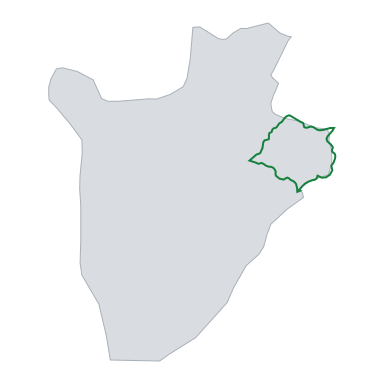 Cankuzo on a map of Burundi (Albers equal-area conic projection)
{"feature_id": "BDI-2632", "entity_name": "Cankuzo", "entity_type": "Province", "adm_level": 1, "iso_a3": "BDI", "parent_name": "Burundi", "parent_adm1": "", "projection": "albers", "projection_center": [30.587, -3.141], "detail": "fine", "context": "in_parent", "style": "outline", "palette": "green", "viewbox_px": 384, "rotation_deg": 0, "n_neighbors": 0, "source": "natural_earth", "source_scale": "10m", "svg_char_len": 2319}
<svg xmlns="http://www.w3.org/2000/svg" viewBox="0 0 384 384"><path d="M291.2,36.8L288.0,40.9L273.6,70.4L270.8,74.9L272.4,77.6L278.5,83.2L274.9,92.5L273.5,94.9L270.8,103.6L272.2,111.6L275.7,114.5L285.1,118.4L299.1,121.2L315.7,127.8L326.9,129.0L329.5,133.8L328.9,142.3L331.7,149.7L331.8,163.0L328.4,174.7L311.3,180.1L302.6,186.1L300.2,189.1L302.3,192.6L303.5,197.4L287.4,209.0L270.9,224.2L267.0,234.5L263.7,246.6L258.9,254.3L246.3,265.5L233.5,287.9L227.2,302.5L195.8,337.5L167.9,355.0L159.7,361.0L110.3,360.0L106.5,336.4L98.9,304.2L81.9,275.1L80.1,263.0L80.8,239.5L80.8,206.5L79.7,188.8L80.0,175.9L82.2,153.4L81.9,139.9L70.6,124.5L56.7,108.0L49.1,99.9L48.7,93.4L48.7,87.4L51.0,78.7L56.4,68.9L62.5,67.8L77.6,71.6L93.2,79.9L101.6,98.6L107.9,101.3L119.5,101.2L149.1,98.8L156.4,99.1L169.9,94.6L183.2,86.7L187.0,78.5L190.1,60.2L192.9,27.3L199.7,26.9L218.4,38.6L222.4,39.4L226.4,39.0L232.8,33.2L240.8,28.4L246.6,28.5L268.3,23.0L279.9,33.0L287.3,36.1L291.2,36.8Z" fill="#d9dde1" stroke="#a8b0b8" stroke-width="1"/><path d="M280.9,122.4L280.9,122.5L281.7,122.1L284.8,117.8L286.6,116.3L288.8,115.4L290.1,115.6L300.4,121.8L302.4,122.7L303.1,123.1L303.5,124.1L304.0,126.6L304.4,127.3L306.5,127.8L308.1,127.4L309.7,126.8L311.6,126.6L313.6,127.3L317.2,129.7L319.3,130.3L322.9,130.0L330.3,128.0L334.0,128.0L332.9,129.9L332.5,130.7L327.6,136.3L326.5,138.8L327.3,141.2L331.2,144.8L332.7,147.0L332.8,147.8L332.0,149.9L331.9,150.8L332.4,152.0L334.5,153.5L335.1,154.6L335.3,156.6L335.0,158.6L333.7,162.4L331.4,165.6L331.5,166.7L332.2,169.5L332.3,170.4L329.9,174.7L326.1,177.3L321.8,177.7L317.6,175.7L317.1,177.5L316.1,179.0L314.6,179.8L312.6,180.1L308.3,181.7L304.8,183.8L301.9,186.6L299.0,190.1L300.1,190.7L297.3,191.8L297.1,188.2L296.1,184.1L294.9,182.4L293.2,181.1L291.6,180.4L290.1,179.5L288.9,178.3L287.3,177.6L285.4,178.5L283.7,179.6L279.4,178.6L275.9,175.7L275.5,173.6L275.7,171.4L274.7,169.5L273.3,167.8L271.0,166.8L268.4,166.6L265.9,165.6L263.7,164.0L261.8,163.0L258.2,163.8L256.9,163.1L255.5,162.5L249.5,160.6L256.0,154.9L257.2,154.2L259.4,153.6L260.4,152.8L262.2,148.5L262.4,148.4L263.3,142.3L264.5,140.4L268.6,139.3L269.0,138.2L268.9,134.9L269.4,133.1L270.5,132.5L271.6,132.0L272.4,129.5L273.2,128.6L274.4,128.1L275.8,127.8L276.7,127.1L279.2,123.5L280.8,122.4L280.9,122.4Z" fill="none" stroke="#15803d" stroke-width="2"/></svg>